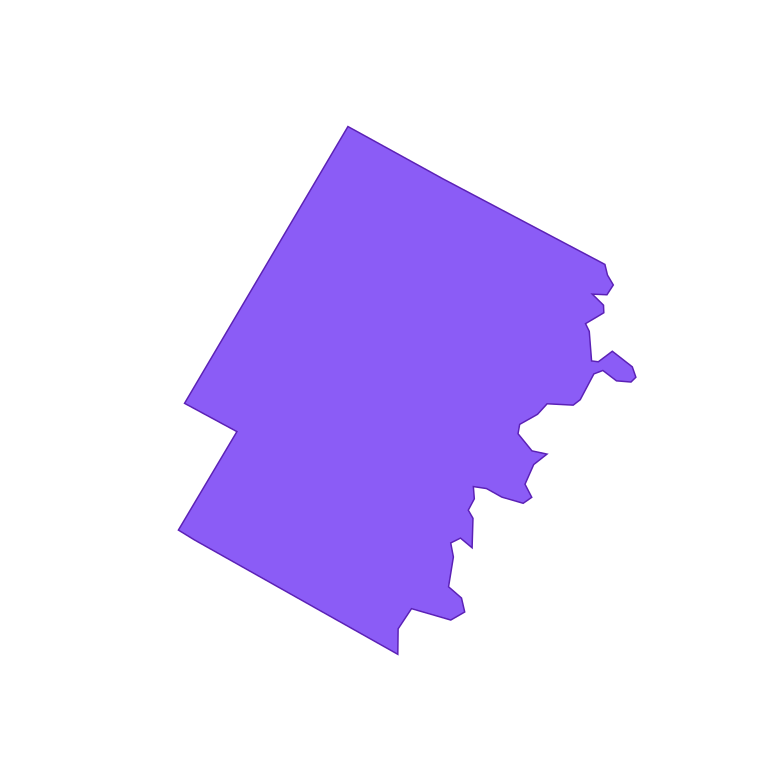 the district of Bosque, Texas, United States of America, rotated 60°
{"feature_id": "52423323B51528806968962", "entity_name": "Bosque", "entity_type": "district", "adm_level": 2, "iso_a3": "USA", "parent_name": "United States of America", "parent_adm1": "Texas", "projection": "natural_earth1", "projection_center": [-97.489, 31.898], "detail": "fine", "context": "isolated", "style": "filled", "palette": "violet", "viewbox_px": 768, "rotation_deg": 60, "n_neighbors": 0, "source": "geoboundaries", "source_scale": "gbopen_adm2", "svg_char_len": 818}
<svg xmlns="http://www.w3.org/2000/svg" viewBox="0 0 768 768"><g transform="rotate(60 384 384)"><path d="M301.0,566.4L351.7,535.2L407.7,635.1L424.3,626.1L625.0,507.2L603.1,494.2L592.3,472.5L621.8,444.2L621.8,428.1L608.1,423.9L591.9,429.5L568.5,410.4L555.0,405.7L555.7,394.8L569.9,389.6L544.8,374.1L535.4,374.1L528.6,363.2L517.5,357.9L525.8,347.5L540.9,338.5L556.9,323.1L556.0,312.7L541.3,312.0L528.6,294.6L526.2,277.9L515.9,289.3L494.1,292.8L486.8,286.7L487.0,266.2L482.7,252.6L496.9,230.7L495.7,221.9L480.2,197.2L481.7,187.7L497.5,181.1L505.8,169.1L504.1,162.5L493.3,160.4L469.8,169.9L471.9,187.3L467.8,192.7L441.0,179.9L432.5,179.3L432.2,158.0L425.5,154.5L410.3,158.7L418.2,146.3L412.9,135.9L401.4,136.0L390.9,132.9L236.1,230.2L143.0,286.5L301.0,566.4Z" fill="#8b5cf6" stroke="#5b21b6" stroke-width="1.5"/></g></svg>